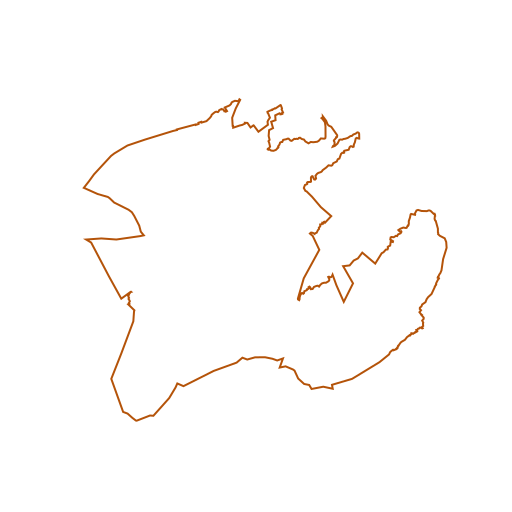 outline of Cuernavaca, Morelos, Mexico, rotated 248°
{"feature_id": "50627088B36479670191583", "entity_name": "Cuernavaca", "entity_type": "district", "adm_level": 2, "iso_a3": "MEX", "parent_name": "Mexico", "parent_adm1": "Morelos", "projection": "orthographic", "projection_center": [-99.236, 18.933], "detail": "fine", "context": "isolated", "style": "outline", "palette": "amber", "viewbox_px": 512, "rotation_deg": 248, "n_neighbors": 0, "source": "geoboundaries", "source_scale": "gbopen_adm2", "svg_char_len": 6158}
<svg xmlns="http://www.w3.org/2000/svg" viewBox="0 0 512 512"><g transform="rotate(248 256 256)"><path d="M104.2,277.4L108.1,278.2L106.1,299.1L111.3,330.7L114.9,342.5L116.6,344.3L117.3,346.2L117.7,347.9L117.1,348.1L117.0,349.7L117.3,350.5L117.0,350.9L117.1,351.6L117.6,352.6L118.0,352.3L119.3,354.4L119.6,354.3L120.0,355.3L121.5,357.6L121.9,358.7L122.5,362.7L124.2,365.6L124.6,367.1L125.1,368.8L124.6,369.0L125.3,370.5L126.2,371.0L126.0,371.7L125.0,372.4L125.8,375.1L125.4,375.0L125.7,377.2L127.3,377.0L127.1,378.1L127.8,378.7L127.9,379.6L127.7,380.3L128.2,381.2L127.7,382.2L126.6,382.9L126.6,383.5L128.0,383.3L128.5,384.8L130.8,385.5L131.5,386.1L133.9,385.9L134.9,387.9L136.1,388.4L139.3,387.3L139.4,387.7L140.8,387.0L142.7,386.5L143.9,388.7L145.5,388.0L146.7,388.6L147.3,390.5L148.8,391.9L149.7,395.8L152.0,398.0L153.4,400.2L155.0,404.5L160.5,410.4L160.8,410.4L161.9,412.3L162.4,412.2L163.6,413.2L165.6,415.5L166.5,416.9L166.8,418.0L167.0,417.0L167.8,416.3L168.5,416.9L168.3,417.2L170.2,419.0L171.0,420.4L173.2,422.6L183.0,428.3L192.2,435.8L197.7,437.6L201.7,437.6L205.9,434.0L208.1,433.0L209.0,433.6L209.7,433.5L213.2,434.9L221.2,435.8L221.8,435.4L223.6,435.5L226.0,436.8L225.3,437.2L226.7,437.1L227.3,437.5L228.3,437.4L228.4,436.6L232.4,434.8L233.2,434.0L233.6,432.9L233.6,431.2L235.7,426.4L238.0,423.5L238.1,421.9L235.5,418.8L234.9,419.1L234.6,418.9L236.9,415.6L236.6,414.9L234.0,413.2L231.1,410.7L228.7,409.8L227.4,408.9L227.0,408.3L227.3,408.0L225.7,406.2L225.8,405.5L227.2,403.2L227.2,400.1L226.7,397.7L225.1,398.3L224.6,399.9L223.9,399.9L222.9,398.6L222.8,395.8L221.6,394.3L222.3,393.3L221.8,390.7L222.9,388.7L222.8,387.8L221.0,386.7L218.4,388.6L217.7,388.1L218.9,386.3L215.4,384.3L215.3,382.2L215.0,381.5L213.9,381.4L212.8,380.4L213.3,378.8L211.7,375.6L211.5,373.6L204.3,363.7L219.3,355.8L215.6,349.6L215.2,344.9L212.2,339.3L213.9,333.0L194.3,335.7L180.6,320.2L198.8,319.6L210.0,320.0L208.7,318.7L208.3,317.8L208.6,316.5L209.5,315.9L209.5,315.1L207.1,315.3L205.9,314.7L205.4,313.6L205.0,310.9L205.7,309.1L205.9,307.0L205.2,304.9L204.0,303.0L205.3,302.2L205.6,300.8L205.6,298.2L204.2,296.1L204.7,294.4L206.5,294.6L207.6,294.1L207.4,293.0L206.2,292.7L205.9,291.8L206.1,290.8L205.3,290.3L205.2,287.6L203.6,286.6L203.3,285.6L204.5,284.9L204.4,284.1L202.9,282.2L201.2,280.9L199.6,280.2L198.9,279.5L200.0,278.7L200.8,278.9L217.4,291.9L238.0,317.0L253.4,316.1L256.6,314.4L257.1,315.6L256.9,316.3L256.1,317.4L254.5,318.6L254.9,319.0L254.9,321.0L256.8,323.1L257.5,324.6L258.7,324.9L259.4,326.6L261.2,327.3L260.8,328.8L261.8,329.7L261.0,330.2L262.1,331.3L262.2,332.1L261.0,332.4L264.8,340.7L277.1,334.4L289.8,330.2L297.0,327.1L297.8,326.2L301.1,325.8L301.6,326.2L303.5,328.0L303.5,330.2L303.7,330.6L305.0,330.9L305.2,331.8L304.2,334.4L304.4,334.9L307.9,336.2L308.7,336.9L309.0,337.7L308.8,338.3L305.2,338.6L304.7,339.3L305.3,340.7L308.1,341.2L309.3,343.3L309.7,344.8L309.5,347.6L309.8,348.8L310.6,349.9L311.7,354.2L312.9,357.2L311.5,359.7L311.6,360.7L313.1,362.4L313.4,366.3L315.1,368.1L315.1,369.8L318.8,373.1L319.4,374.7L318.7,376.0L318.8,376.5L320.1,376.7L320.5,377.3L319.8,381.7L321.9,383.7L322.3,384.9L321.8,385.9L320.8,386.6L320.8,387.5L322.7,388.5L324.3,390.2L327.6,392.5L327.8,393.7L326.7,394.8L326.2,395.7L330.6,397.4L331.7,397.4L332.5,396.7L332.6,395.7L332.1,394.3L332.2,391.8L331.4,389.8L331.8,388.5L331.1,385.3L331.3,382.6L331.7,381.0L331.6,379.4L332.3,378.2L332.5,376.9L329.7,373.7L328.5,370.3L328.6,368.1L329.1,368.6L329.4,370.0L330.3,370.7L332.1,371.5L333.5,371.3L334.0,371.5L335.5,374.4L336.1,374.7L335.9,375.5L336.9,376.3L337.7,376.5L347.6,374.2L349.5,372.4L351.1,371.7L355.1,371.7L360.4,370.3L359.8,370.1L359.3,368.4L358.1,369.0L354.2,370.0L350.2,369.0L340.4,365.1L339.2,364.3L339.2,363.2L340.7,360.2L339.3,357.4L339.0,355.6L340.0,351.8L341.2,349.5L340.8,346.9L343.7,344.7L346.0,344.1L347.3,342.3L349.2,341.1L349.4,340.0L349.0,339.5L348.9,338.5L349.5,337.6L349.7,336.3L350.3,335.4L349.4,332.2L350.1,331.2L352.6,330.2L353.0,329.1L352.9,328.1L353.5,324.7L351.9,323.1L352.2,322.2L352.1,320.8L350.5,319.5L349.4,317.6L348.5,317.6L348.0,317.0L348.0,316.2L347.5,315.6L346.9,314.1L347.0,311.6L348.1,309.5L349.4,308.6L350.0,307.7L349.9,307.3L350.5,306.8L351.0,307.1L351.1,308.4L352.1,310.0L356.0,310.6L357.8,310.6L358.6,312.1L362.6,312.7L367.8,315.3L368.2,319.7L374.8,320.4L374.6,325.0L379.2,326.5L379.5,331.3L378.9,331.8L378.2,331.7L377.9,333.0L377.9,333.7L378.9,333.9L378.9,334.8L382.4,334.7L383.1,335.4L386.5,335.5L386.8,335.2L385.5,329.3L385.9,328.8L385.6,327.1L385.8,326.0L385.3,325.7L385.6,324.0L385.4,320.6L384.4,320.4L383.4,320.7L379.0,320.7L377.2,318.0L376.2,317.0L373.2,316.2L370.3,304.8L377.9,302.8L378.1,302.6L377.2,299.1L382.6,297.9L383.7,295.6L382.9,295.4L382.7,292.3L383.1,289.7L383.5,282.9L385.2,283.5L385.4,283.1L393.1,285.7L400.5,292.6L406.7,299.8L407.5,299.3L406.1,297.7L407.8,294.6L407.7,291.7L407.4,290.9L406.2,289.6L405.5,287.8L405.4,282.7L401.2,283.4L401.1,282.1L402.0,281.9L402.0,280.9L404.3,280.5L404.8,279.1L405.2,279.1L405.2,278.1L404.9,276.3L404.1,275.6L403.7,274.6L404.7,273.2L404.8,272.1L404.3,270.1L403.5,267.8L402.3,266.7L401.2,264.7L399.6,260.6L400.1,255.5L400.9,255.6L401.1,252.5L399.9,252.2L400.1,249.2L400.6,249.3L403.0,230.0L402.4,229.9L403.0,226.1L405.5,196.9L406.6,178.2L404.2,163.1L403.1,159.1L392.4,136.4L387.9,129.2L383.7,121.9L372.8,132.4L366.2,140.8L364.5,141.9L358.7,144.5L346.6,155.2L343.1,157.3L338.8,158.1L327.9,159.1L321.7,158.3L317.2,159.7L317.8,156.2L323.6,132.7L330.2,119.2L334.9,104.7L330.2,108.2L292.4,112.0L266.9,115.1L269.7,126.2L269.7,126.7L269.5,126.8L269.6,126.1L268.7,124.9L268.7,123.9L267.6,123.7L267.2,122.5L264.8,122.6L264.7,122.2L263.7,121.7L262.1,122.1L261.2,122.0L259.9,120.3L259.2,120.8L258.4,120.4L258.6,119.6L251.2,122.9L250.2,122.1L241.4,117.8L216.1,94.6L196.3,75.8L161.2,74.4L158.0,77.9L152.3,80.7L148.4,83.0L148.0,83.7L147.8,98.0L146.3,101.0L156.8,122.3L164.2,132.1L167.3,135.3L162.5,140.0L165.3,173.7L164.4,198.1L166.8,205.3L163.3,209.1L162.4,217.2L158.7,226.5L154.6,232.7L151.2,236.5L150.9,242.6L143.7,236.2L142.6,242.1L136.9,247.8L135.3,248.8L126.6,249.2L119.3,252.7L116.5,257.0L111.9,257.7L109.6,269.4L104.2,277.4Z" fill="none" stroke="#b45309" stroke-width="2"/></g></svg>